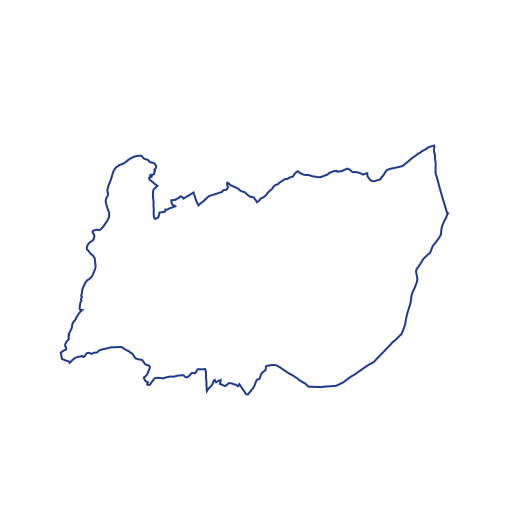 Simijaca, Cundinamarca, Colombia (Natural Earth projection), rotated 24°
{"feature_id": "7082276B8472731390370", "entity_name": "Simijaca", "entity_type": "district", "adm_level": 2, "iso_a3": "COL", "parent_name": "Colombia", "parent_adm1": "Cundinamarca", "projection": "natural_earth1", "projection_center": [-73.855, 5.515], "detail": "fine", "context": "isolated", "style": "outline", "palette": "blue", "viewbox_px": 512, "rotation_deg": 24, "n_neighbors": 0, "source": "geoboundaries", "source_scale": "gbopen_adm2", "svg_char_len": 6122}
<svg xmlns="http://www.w3.org/2000/svg" viewBox="0 0 512 512"><g transform="rotate(24 256 256)"><path d="M414.0,139.0L413.5,139.2L413.2,139.0L410.9,136.5L395.7,118.7L391.3,113.0L386.2,107.1L382.7,98.8L379.5,93.4L378.9,91.7L378.4,90.9L377.2,89.6L375.9,87.7L375.4,86.8L374.7,83.9L373.8,82.7L370.6,85.3L369.2,86.7L368.5,87.5L368.6,88.2L364.5,93.4L364.0,95.0L362.7,96.2L360.0,101.2L359.0,102.5L356.1,108.7L353.2,114.3L346.4,119.5L343.4,121.5L340.7,124.1L340.0,126.7L339.6,130.3L338.6,133.4L338.5,135.3L333.9,139.4L332.0,140.3L329.3,140.1L327.4,138.9L326.9,138.8L325.3,137.7L324.0,135.1L322.9,135.9L320.9,138.0L316.1,138.0L315.6,138.3L314.2,138.3L312.9,138.7L310.9,139.9L309.8,140.0L306.4,139.0L303.9,139.0L301.8,141.2L299.7,143.7L296.3,145.7L295.3,145.9L295.0,145.4L293.3,146.4L291.4,147.9L289.1,150.5L288.1,152.5L287.5,153.3L286.6,154.0L283.4,157.3L281.8,158.2L280.2,159.0L277.6,159.4L276.2,160.1L270.5,160.7L268.8,161.7L266.4,162.3L264.5,162.4L261.4,162.0L259.8,161.5L258.4,163.7L257.9,165.2L257.6,167.4L257.3,168.5L254.7,170.7L254.0,171.9L252.9,173.2L252.0,173.4L251.1,174.1L247.5,179.7L246.9,181.4L244.5,183.7L243.8,185.5L243.3,188.4L242.8,189.5L242.1,190.7L240.8,194.1L240.6,196.0L239.2,199.0L238.5,200.0L237.4,200.9L236.9,201.8L236.0,204.9L235.0,206.5L234.3,205.9L230.3,203.5L228.5,203.6L226.8,204.2L226.3,204.2L224.5,203.9L219.9,202.3L217.0,202.7L214.9,202.7L213.1,201.9L209.6,201.6L204.5,201.7L203.1,201.4L200.6,200.6L200.1,200.6L200.1,201.6L200.9,202.9L201.3,203.5L202.2,204.1L202.5,204.5L202.4,206.5L201.9,207.6L200.1,208.6L199.6,209.0L199.2,209.6L199.0,211.0L198.6,211.6L190.5,218.8L189.4,219.6L188.3,221.2L185.5,227.8L184.1,230.2L182.8,233.2L179.0,230.0L173.1,223.4L166.4,233.1L165.2,232.3L163.1,232.1L162.7,232.3L162.2,233.0L161.8,234.7L160.0,236.1L159.8,237.3L156.0,239.5L156.3,240.4L157.4,241.9L158.8,243.1L160.2,243.3L160.8,243.1L162.0,243.4L159.8,245.7L158.1,247.1L155.9,249.9L155.1,250.3L154.4,250.3L154.6,252.8L150.2,255.5L151.1,260.4L150.3,261.2L148.9,263.2L147.1,262.3L145.2,258.8L144.5,256.9L144.2,256.5L143.7,255.1L141.8,251.6L140.5,248.4L137.6,243.4L136.0,239.8L135.4,237.3L135.5,236.9L137.4,232.0L134.1,231.3L127.6,229.4L127.0,229.0L126.6,228.3L126.6,227.7L128.4,226.3L128.3,225.8L126.6,225.6L126.6,225.1L126.9,224.6L129.1,223.4L129.4,223.0L129.4,221.8L129.0,220.8L129.2,219.6L128.0,218.6L128.7,216.5L128.7,215.8L128.3,214.4L125.7,212.9L124.9,212.6L121.2,213.4L118.2,212.2L114.4,212.6L113.5,212.5L112.7,212.2L111.6,211.3L110.2,211.2L109.2,211.5L108.1,212.2L105.3,214.0L104.2,215.0L101.5,218.2L100.4,219.9L98.4,223.8L96.8,226.1L94.1,228.5L93.5,230.1L92.3,231.4L91.7,233.7L91.3,235.6L91.5,238.1L92.3,244.8L92.7,252.2L93.3,256.0L94.3,257.8L95.5,259.1L96.0,260.8L95.7,264.6L96.4,267.2L98.8,270.4L102.5,274.6L104.1,275.7L105.7,279.9L106.0,281.4L105.7,284.8L105.2,287.7L104.4,291.7L103.6,294.2L102.3,296.2L99.3,297.0L97.2,298.9L96.7,299.7L96.9,300.6L99.7,302.7L100.4,303.9L100.9,306.9L100.2,308.8L98.6,311.2L97.9,313.4L97.7,315.2L98.1,317.4L98.8,318.6L101.4,319.7L104.0,321.3L106.7,321.8L109.5,323.6L113.6,330.5L114.4,333.5L114.5,341.4L113.1,344.8L111.5,347.2L111.0,349.5L110.8,355.3L111.2,357.9L111.5,359.2L112.0,360.1L112.5,363.5L113.6,364.3L113.6,366.6L114.6,367.4L114.6,370.5L116.0,375.3L116.5,376.1L117.1,376.4L118.1,376.5L119.1,376.1L118.2,378.4L117.4,381.5L116.9,385.3L116.9,387.7L115.9,391.0L116.0,393.5L116.7,395.3L117.0,397.2L116.7,403.6L117.2,403.7L117.5,404.5L117.3,405.6L118.8,407.7L117.7,411.9L117.6,414.4L118.4,415.9L120.2,417.4L120.5,418.8L119.5,419.7L118.6,421.0L116.9,423.7L118.1,425.2L120.5,428.9L124.2,428.9L127.3,428.5L128.5,428.6L129.3,429.3L130.4,426.2L132.0,423.0L134.1,420.8L135.0,420.0L136.0,419.7L137.6,418.1L138.3,418.1L139.2,418.6L139.8,418.2L141.0,413.8L141.4,413.2L142.4,412.6L143.3,412.3L145.3,412.4L146.3,411.6L147.4,410.1L149.8,409.1L150.1,408.7L150.7,406.9L152.0,405.2L153.5,404.0L155.1,402.5L155.4,402.5L156.5,401.8L160.1,398.8L168.8,394.4L171.3,393.8L172.5,394.2L174.8,394.6L178.9,394.8L180.5,395.4L182.5,395.4L187.6,398.6L190.7,398.2L193.5,397.4L194.5,397.4L198.5,399.8L200.8,400.0L203.0,399.7L203.7,400.1L204.3,400.8L204.6,402.7L204.7,408.9L204.0,410.7L203.0,412.6L203.6,413.5L205.7,415.0L206.9,415.3L208.6,415.3L208.7,417.4L209.3,417.7L210.2,417.6L210.9,417.2L211.5,416.5L211.8,414.5L212.7,410.6L213.2,409.1L213.7,408.3L217.4,406.6L220.9,405.6L223.3,403.4L226.4,401.2L230.4,399.4L233.0,397.2L235.8,395.7L236.7,395.0L237.8,394.6L238.7,394.6L240.8,395.3L241.8,395.2L242.6,394.7L243.4,393.4L244.2,391.4L244.6,389.5L245.0,389.0L246.0,388.4L247.3,388.3L248.0,387.9L248.5,385.9L248.5,384.1L248.9,383.2L249.7,382.6L250.7,382.4L253.2,381.3L255.5,380.0L256.4,380.9L257.4,382.3L258.9,385.4L259.4,387.1L260.4,388.4L262.3,391.9L263.4,394.5L265.1,397.4L265.5,398.6L266.1,399.5L266.4,397.0L268.3,392.1L268.3,389.0L268.0,387.8L268.2,386.8L268.8,386.0L269.9,387.1L271.0,387.6L272.0,386.0L274.1,383.7L274.9,386.0L275.0,387.5L280.6,387.4L280.9,387.3L282.7,383.6L283.3,383.0L285.5,382.3L289.0,382.1L289.7,381.7L291.0,381.9L292.3,382.4L292.8,381.6L292.9,379.9L302.3,385.7L303.2,386.2L304.9,385.9L305.4,384.2L305.5,383.4L306.3,381.1L306.5,379.6L306.8,379.1L307.3,376.1L307.2,372.5L307.0,370.3L307.3,368.5L309.1,367.0L309.2,365.7L308.8,362.8L308.8,361.1L309.2,360.0L311.0,356.6L311.1,355.8L310.1,353.3L310.1,352.7L310.3,352.1L312.3,351.0L313.3,350.1L314.8,349.2L317.5,347.9L319.4,347.6L323.2,348.0L330.9,349.4L335.1,350.0L337.1,350.0L341.0,350.6L344.5,351.2L345.0,351.6L346.0,351.8L349.5,352.2L350.7,352.5L352.2,352.3L357.0,354.0L369.1,349.2L369.5,348.7L382.0,342.0L387.0,336.1L388.2,334.1L390.4,329.9L392.2,327.0L394.2,324.4L401.3,312.4L403.6,309.0L407.1,304.5L407.2,303.3L407.7,302.3L408.3,299.8L408.6,299.6L415.3,281.3L415.7,279.3L417.2,276.9L420.2,269.1L420.7,268.7L420.5,262.9L420.0,257.4L418.8,253.2L417.6,247.0L416.4,236.7L415.3,232.4L414.1,228.9L413.8,225.2L413.9,221.1L413.6,214.2L412.7,211.2L408.4,204.9L408.1,202.5L408.9,199.1L409.6,194.5L410.0,190.9L412.4,184.7L413.6,182.8L413.7,180.5L413.4,175.0L414.3,172.1L415.2,168.1L416.1,163.0L416.1,160.8L414.3,155.5L413.8,152.1L413.8,147.4L414.1,143.9L413.8,141.4L414.0,139.0Z" fill="none" stroke="#1e3a8a" stroke-width="2"/></g></svg>